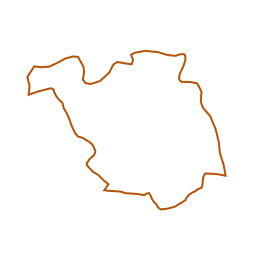 A'zaz, Aleppo, Syria, rotated 70°
{"feature_id": "27442178B26836039619487", "entity_name": "A'zaz", "entity_type": "district", "adm_level": 2, "iso_a3": "SYR", "parent_name": "Syria", "parent_adm1": "Aleppo", "projection": "robinson", "projection_center": [37.201, 36.467], "detail": "fine", "context": "isolated", "style": "outline", "palette": "amber", "viewbox_px": 256, "rotation_deg": 70, "n_neighbors": 0, "source": "geoboundaries", "source_scale": "gbopen_adm2", "svg_char_len": 2237}
<svg xmlns="http://www.w3.org/2000/svg" viewBox="0 0 256 256"><g transform="rotate(70 128 128)"><path d="M178.4,171.5L178.7,170.8L178.9,170.5L179.1,170.1L179.6,169.3L179.9,168.8L181.8,164.4L185.2,156.7L188.4,152.6L190.5,147.9L193.0,142.1L196.8,135.5L196.4,134.7L196.0,133.8L196.1,133.1L196.2,131.8L196.2,131.5L196.3,130.5L197.9,130.1L199.0,130.0L200.1,129.8L200.7,129.8L202.5,129.8L205.2,129.2L206.8,128.7L208.6,127.7L210.1,127.3L212.2,127.1L214.4,126.1L215.5,125.1L215.9,124.7L216.1,123.5L216.2,123.2L216.4,122.3L217.2,118.9L217.4,117.3L218.0,110.9L217.9,110.4L216.1,101.7L215.5,99.2L215.4,98.7L215.2,98.5L213.6,97.0L212.5,95.0L211.6,93.4L210.6,89.3L210.4,85.8L209.5,84.4L209.3,79.4L207.5,77.9L204.5,76.4L200.2,74.4L197.2,71.1L199.7,64.8L202.0,59.7L203.6,57.0L205.2,54.3L206.2,52.6L203.1,52.0L195.5,50.8L191.5,50.6L187.6,50.4L182.5,50.1L182.3,50.0L182.2,50.0L181.6,49.9L181.3,49.8L173.4,47.8L171.6,47.4L160.3,46.2L159.0,46.0L153.4,46.3L145.0,46.7L134.9,50.5L134.2,50.5L132.8,50.6L131.0,50.7L129.6,50.6L128.6,50.5L128.0,50.4L127.6,50.4L127.4,50.3L124.4,49.0L123.7,48.7L121.8,47.8L120.0,46.9L119.3,46.6L119.0,46.7L117.8,46.7L117.2,46.7L116.9,46.8L111.0,47.4L109.3,48.3L108.8,49.2L107.7,51.1L106.5,53.1L106.1,53.8L103.0,61.8L102.8,61.9L101.2,62.8L100.7,63.1L98.7,63.2L97.5,62.4L97.2,62.3L97.0,62.1L94.8,60.8L90.7,56.6L89.7,55.6L89.6,55.4L89.4,55.2L88.7,54.7L86.6,53.0L84.0,50.9L81.6,50.1L79.2,49.4L77.6,50.4L76.5,54.2L76.5,58.5L72.9,66.0L66.9,73.9L61.4,85.5L61.1,87.4L60.7,89.5L59.6,96.0L60.3,100.1L63.9,100.0L65.6,99.9L69.4,102.8L65.7,109.7L62.3,115.5L63.3,120.0L69.5,126.6L74.3,138.2L74.2,141.6L73.9,148.1L71.2,152.6L67.1,153.9L60.6,150.2L55.1,148.9L44.1,150.6L42.0,155.1L41.3,163.4L42.7,172.5L43.4,180.7L41.3,188.6L38.0,195.0L45.6,205.1L54.7,206.1L58.8,208.0L62.8,210.0L62.9,200.5L63.6,192.7L64.3,186.9L66.3,184.7L68.8,185.1L71.9,184.7L73.2,184.6L75.6,184.0L79.8,182.2L81.8,181.0L87.7,181.6L93.5,180.5L99.9,180.1L106.2,180.2L111.1,179.8L114.4,179.5L118.8,178.0L121.7,174.0L124.8,171.6L127.9,169.1L131.3,167.2L135.5,166.6L139.1,166.7L141.9,169.1L144.0,174.6L147.0,178.7L148.7,179.5L156.9,176.0L161.9,172.1L169.1,168.6L169.5,168.4L169.9,168.1L171.8,167.0L174.0,165.6L178.4,171.5Z" fill="none" stroke="#b45309" stroke-width="2"/></g></svg>